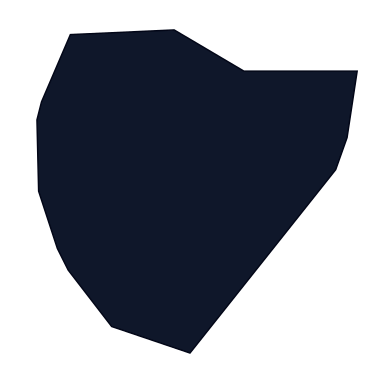 the Municipality of Tabor, rotated 183°
{"feature_id": "SVN-240", "entity_name": "Tabor", "entity_type": "Municipality", "adm_level": 1, "iso_a3": "SVN", "parent_name": "Slovenia", "parent_adm1": "", "projection": "robinson", "projection_center": [15.017, 46.225], "detail": "fine", "context": "isolated", "style": "filled", "palette": "ink", "viewbox_px": 384, "rotation_deg": 183, "n_neighbors": 0, "source": "natural_earth", "source_scale": "10m", "svg_char_len": 333}
<svg xmlns="http://www.w3.org/2000/svg" viewBox="0 0 384 384"><g transform="rotate(183 192 192)"><path d="M33.4,321.3L40.0,254.4L49.7,221.8L185.6,31.1L265.2,53.5L311.5,107.5L323.5,128.6L345.2,184.8L350.6,255.9L347.0,274.1L321.7,342.8L218.3,352.9L146.5,315.4L33.4,321.3Z" fill="#0f172a" stroke="#020617" stroke-width="1.5"/></g></svg>